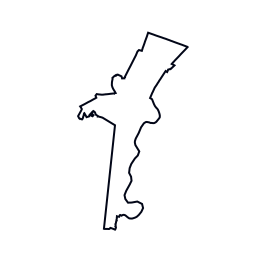 the district of Salas pag., Babites, Latvia, rotated 119°
{"feature_id": "27541924B71610578089497", "entity_name": "Salas pag.", "entity_type": "district", "adm_level": 2, "iso_a3": "LVA", "parent_name": "Latvia", "parent_adm1": "Babites", "projection": "albers", "projection_center": [23.659, 56.92], "detail": "fine", "context": "isolated", "style": "outline", "palette": "ink", "viewbox_px": 256, "rotation_deg": 119, "n_neighbors": 0, "source": "geoboundaries", "source_scale": "gbopen_adm2", "svg_char_len": 4562}
<svg xmlns="http://www.w3.org/2000/svg" viewBox="0 0 256 256"><g transform="rotate(119 128 128)"><path d="M223.2,90.5L223.2,90.1L222.3,90.0L220.9,90.3L220.5,90.5L220.3,91.3L218.8,91.7L218.3,92.2L218.2,92.4L216.9,92.5L215.7,93.0L214.4,93.0L214.2,93.5L213.7,93.6L212.8,93.8L211.9,94.3L211.2,94.6L210.8,94.2L210.5,94.5L210.4,93.9L210.2,93.5L210.2,93.4L209.9,93.0L209.8,92.8L209.8,92.7L209.5,92.7L209.3,92.8L208.8,92.8L208.3,92.9L207.9,92.7L207.8,92.2L207.8,91.1L207.0,90.7L206.3,90.1L205.9,89.3L205.7,88.2L205.7,87.8L205.9,86.8L206.2,85.3L206.4,83.6L206.4,83.1L206.2,82.5L205.5,81.0L205.2,80.5L204.2,79.5L203.1,78.5L202.6,78.1L201.4,77.3L200.8,77.1L198.8,76.4L194.8,75.7L190.7,76.0L187.6,78.9L187.8,84.2L191.4,88.6L193.3,91.8L191.4,95.9L188.4,98.5L186.1,98.8L185.3,98.9L183.7,99.1L176.1,99.1L175.0,99.2L172.5,99.3L169.1,101.7L166.7,105.3L162.5,107.0L162.3,107.1L157.8,107.7L151.3,107.2L147.3,106.1L143.0,106.8L139.9,112.3L139.4,113.2L137.5,114.9L136.1,115.6L133.4,116.1L127.3,116.2L120.9,116.9L120.3,116.8L116.2,116.4L114.3,115.4L113.6,114.5L112.8,112.1L112.7,110.9L112.3,110.1L112.1,109.7L111.9,109.2L111.6,108.5L111.4,108.1L111.0,107.5L110.6,107.2L110.0,106.8L109.5,106.5L108.9,106.3L108.7,106.2L106.9,105.9L106.4,105.8L105.2,105.6L104.7,105.5L103.6,105.4L103.3,105.4L103.1,105.5L102.0,106.0L101.6,106.3L100.7,107.0L100.3,107.4L99.4,108.3L99.0,108.8L98.7,109.1L98.4,109.5L98.1,109.9L97.8,110.3L97.4,110.9L97.1,111.5L96.8,112.3L96.7,112.8L96.3,113.8L96.1,114.3L95.6,115.3L95.3,115.7L94.7,116.6L94.4,117.0L93.5,118.1L91.2,120.9L91.1,123.2L89.3,123.4L86.5,123.7L85.9,123.8L85.1,123.8L84.7,123.8L83.5,123.9L82.2,124.0L81.7,124.0L81.2,124.1L80.6,124.1L79.6,124.2L78.2,124.0L76.8,123.9L76.1,123.8L74.8,123.8L72.7,123.6L72.2,123.6L71.4,123.6L69.6,123.4L67.9,123.3L66.6,123.2L65.2,123.1L63.7,123.0L62.5,122.9L61.0,122.8L59.9,122.7L60.1,121.2L60.1,120.9L58.7,121.0L57.6,121.2L57.4,121.2L56.9,120.6L56.3,119.9L55.8,119.7L55.8,119.3L53.9,118.7L51.7,118.0L50.7,117.7L50.7,117.8L50.7,118.5L50.7,119.8L50.8,120.5L50.8,120.8L48.8,120.4L47.5,120.0L46.4,119.8L43.4,119.0L40.4,118.2L37.8,117.6L35.2,116.9L34.1,116.6L31.5,115.9L28.3,115.1L28.2,115.4L28.3,115.8L28.5,117.3L28.9,120.0L29.0,120.9L29.4,123.1L29.6,124.5L29.7,125.0L30.1,127.5L30.5,130.1L30.7,131.6L30.8,132.0L30.9,132.6L31.0,133.4L31.0,133.5L31.2,134.9L31.4,136.0L31.7,138.2L32.0,139.7L32.2,140.7L32.4,142.1L33.1,145.9L33.5,148.1L33.7,149.4L33.9,150.8L34.2,152.5L34.9,156.6L39.1,155.8L40.4,155.6L44.4,155.0L45.8,154.7L49.5,154.1L50.5,154.0L50.9,153.9L51.3,153.8L53.8,153.3L54.5,156.2L56.5,156.8L60.9,156.3L61.6,156.3L64.8,156.2L72.7,155.9L77.2,155.8L84.9,155.5L85.1,155.3L85.3,155.5L85.8,155.5L86.3,155.5L86.4,155.4L87.5,157.2L86.0,158.7L86.0,159.2L86.0,159.3L86.0,159.7L86.1,160.2L86.1,160.4L86.1,160.8L86.2,161.6L86.2,162.4L86.3,162.9L86.7,163.1L87.3,163.5L87.6,163.7L88.3,164.0L88.3,164.4L88.1,164.5L89.2,165.1L90.1,165.4L91.8,165.9L92.5,165.3L94.1,164.8L95.6,164.3L97.0,163.6L98.4,162.9L99.9,161.4L100.8,160.2L101.7,158.7L102.5,157.2L103.4,155.8L104.1,156.6L104.3,156.8L104.6,156.8L104.6,157.1L107.0,160.5L107.5,161.1L107.9,161.7L108.4,162.4L108.8,163.0L109.3,163.7L109.3,163.8L109.6,164.2L109.7,164.3L110.0,164.7L110.2,165.1L110.9,165.9L111.5,167.0L111.7,167.3L112.3,168.8L112.7,169.6L113.5,171.8L115.4,172.1L115.5,172.1L116.9,170.4L118.1,171.1L119.5,172.0L120.1,172.4L121.6,173.3L122.9,174.1L124.3,175.1L125.2,175.7L126.2,176.3L128.4,177.7L130.5,179.1L131.1,179.5L131.3,179.6L132.3,180.3L133.0,178.9L133.6,178.0L133.8,177.6L134.1,177.1L134.2,176.8L134.2,177.0L134.3,177.1L134.4,177.3L134.6,177.4L135.1,177.4L136.3,177.4L137.0,177.4L138.0,177.4L140.4,177.4L140.9,177.4L141.7,177.4L141.8,177.4L143.2,175.4L143.3,174.7L143.1,174.7L142.8,172.4L142.1,172.2L141.5,172.3L140.7,172.3L140.2,172.6L139.6,172.7L138.9,172.7L138.9,172.8L138.6,172.9L138.4,173.0L137.9,173.1L137.5,173.2L136.6,173.5L136.4,173.5L136.2,173.4L136.6,172.7L137.8,170.7L138.6,169.5L137.3,168.2L136.5,167.5L135.6,168.0L134.5,167.8L134.4,167.5L134.7,167.0L134.8,166.0L135.0,165.5L134.9,164.7L133.8,164.5L133.9,165.0L134.1,165.1L134.2,165.8L133.2,165.6L132.9,166.6L134.1,166.9L134.0,167.6L131.6,167.1L131.6,166.7L131.3,166.6L131.2,166.9L130.0,166.6L130.0,165.9L130.2,164.8L130.5,164.3L130.8,163.9L131.8,162.8L131.9,162.7L132.0,161.9L132.1,160.2L132.5,160.0L132.3,159.8L132.3,159.7L132.0,158.2L131.7,157.2L131.4,155.7L131.3,155.4L131.9,140.7L227.8,100.2L227.6,99.5L226.0,96.6L225.9,96.3L225.7,96.0L225.5,95.6L225.3,95.4L225.0,95.2L224.7,95.1L224.2,95.1L223.9,95.0L223.8,94.6L223.4,92.1L223.2,90.5Z" fill="none" stroke="#020617" stroke-width="2"/></g></svg>